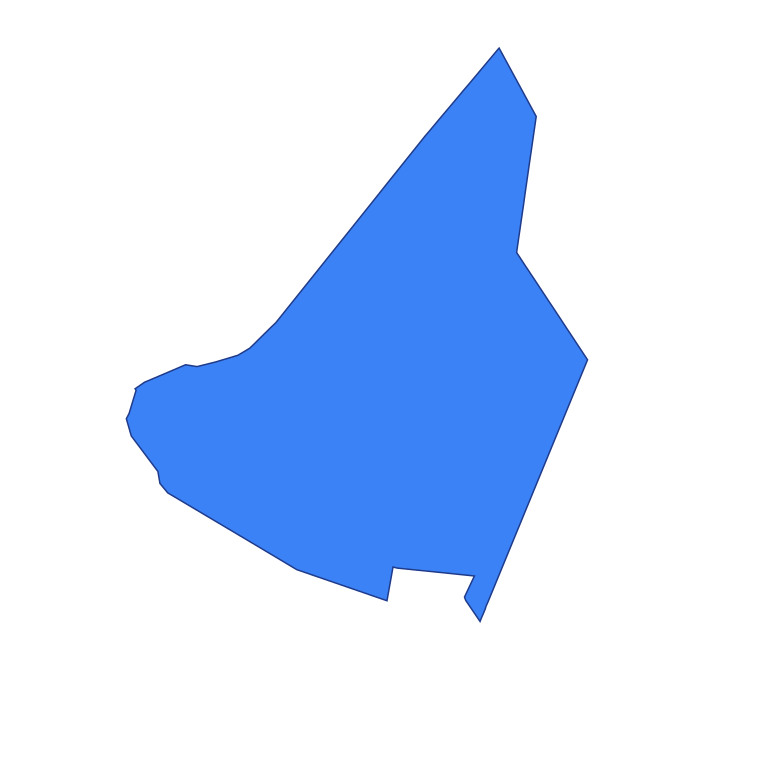 outline of San Juan de los Cués, Oaxaca, Mexico, rotated 335°
{"feature_id": "50627088B95706371455235", "entity_name": "San Juan de los Cués", "entity_type": "district", "adm_level": 2, "iso_a3": "MEX", "parent_name": "Mexico", "parent_adm1": "Oaxaca", "projection": "robinson", "projection_center": [-97.027, 18.044], "detail": "fine", "context": "isolated", "style": "filled", "palette": "blue", "viewbox_px": 768, "rotation_deg": 335, "n_neighbors": 0, "source": "geoboundaries", "source_scale": "gbopen_adm2", "svg_char_len": 1251}
<svg xmlns="http://www.w3.org/2000/svg" viewBox="0 0 768 768"><g transform="rotate(335 384 384)"><path d="M578.7,448.1L575.1,423.9L574.3,418.4L573.1,410.6L571.7,400.9L569.8,388.0L568.4,379.0L567.5,372.7L566.8,368.2L564.7,353.9L563.3,344.8L562.7,340.6L562.1,336.9L561.0,329.3L561.0,329.2L560.2,323.9L559.8,320.9L562.8,316.2L564.8,313.2L567.9,308.4L571.0,303.7L573.7,299.6L576.7,295.0L586.5,280.1L590.8,273.4L607.4,248.0L612.5,240.2L614.7,236.9L634.4,206.8L635.0,205.9L635.0,205.5L630.3,128.2L629.5,128.5L614.3,135.6L612.4,136.5L586.7,148.5L579.2,151.9L573.7,154.5L561.9,160.0L555.4,163.0L552.6,164.3L545.9,167.4L539.3,170.5L531.2,174.3L526.7,176.3L471.5,203.6L451.1,213.8L311.9,282.7L306.0,284.7L303.4,285.6L299.8,286.9L295.2,288.5L294.8,288.7L293.6,289.1L287.9,291.1L286.4,291.7L279.8,294.0L279.7,294.0L277.5,294.8L263.7,296.2L240.9,292.9L221.9,289.2L212.3,282.7L167.7,281.2L156.4,283.1L156.6,285.0L140.3,303.2L140.2,303.2L135.8,306.6L133.0,324.3L142.1,367.7L138.9,379.5L142.0,391.3L197.1,472.1L226.5,515.4L295.1,581.7L302.0,571.9L314.8,553.7L318.3,556.5L384.8,596.2L366.9,611.1L366.6,614.6L370.7,639.8L375.1,635.7L375.6,635.3L376.3,634.7L380.8,630.6L382.5,628.6L386.2,625.4L578.7,448.1Z" fill="#3b82f6" stroke="#1e3a8a" stroke-width="1.5"/></g></svg>